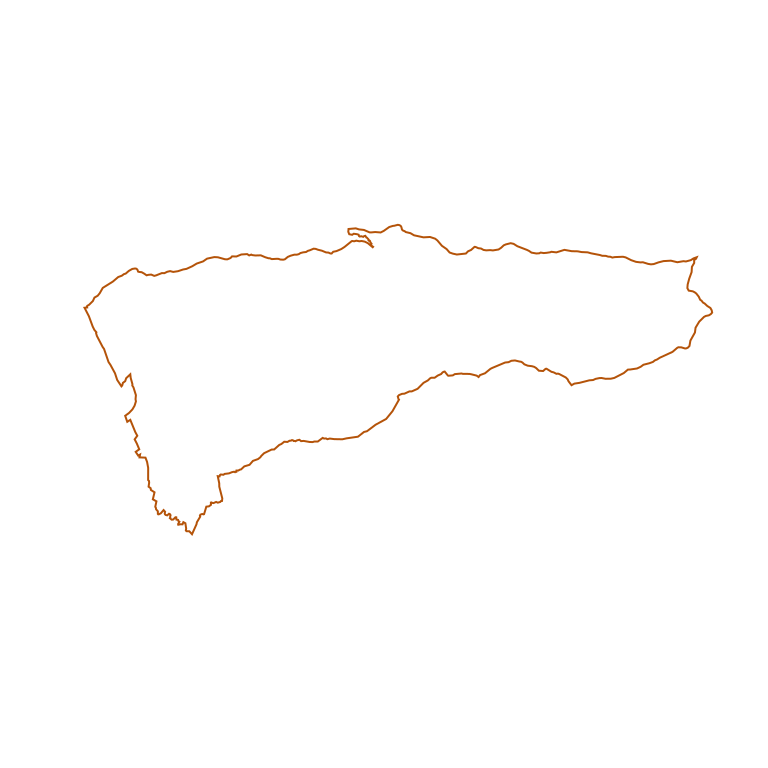 the district of Scundu, Vâlcea, Romania, rotated 101°
{"feature_id": "2599482B73493695377242", "entity_name": "Scundu", "entity_type": "district", "adm_level": 2, "iso_a3": "ROU", "parent_name": "Romania", "parent_adm1": "Vâlcea", "projection": "albers", "projection_center": [24.173, 44.858], "detail": "fine", "context": "isolated", "style": "outline", "palette": "amber", "viewbox_px": 768, "rotation_deg": 101, "n_neighbors": 0, "source": "geoboundaries", "source_scale": "gbopen_adm2", "svg_char_len": 6129}
<svg xmlns="http://www.w3.org/2000/svg" viewBox="0 0 768 768"><g transform="rotate(101 384 384)"><path d="M566.2,549.8L565.7,547.0L568.1,543.8L557.5,541.3L555.4,541.3L549.3,539.1L548.4,539.6L547.3,539.3L546.3,537.7L546.4,536.2L546.1,535.8L538.3,535.0L537.5,532.5L535.6,530.8L533.4,531.3L533.2,531.0L533.5,529.4L533.4,528.6L531.8,526.3L532.2,524.5L531.0,522.2L530.1,521.8L529.7,520.7L527.2,520.9L516.2,526.1L512.9,526.8L506.2,529.6L506.1,527.8L504.6,527.6L504.0,527.0L503.7,524.2L502.7,523.4L501.3,519.1L499.6,516.5L498.7,514.4L499.0,513.4L498.3,512.8L498.3,512.2L497.1,512.3L496.8,510.6L495.5,509.0L495.1,508.0L491.5,505.4L489.0,500.6L484.5,498.0L481.7,493.3L479.5,491.4L478.1,490.8L474.8,488.5L469.8,481.8L469.2,479.3L463.8,475.2L462.5,473.3L459.7,470.9L459.3,467.7L457.7,465.9L457.4,464.6L456.6,463.6L456.7,462.5L457.2,461.8L456.9,460.7L457.1,460.0L455.9,458.6L454.9,456.4L455.9,454.5L455.2,452.0L455.1,445.8L454.6,442.9L453.8,441.5L453.1,438.0L448.6,433.9L449.0,432.5L448.5,430.5L449.0,429.1L447.9,426.8L447.6,422.3L446.2,414.3L444.5,410.4L440.7,399.5L434.9,394.5L433.6,391.7L425.6,384.5L417.9,375.2L409.1,370.5L396.5,366.3L396.2,366.8L393.6,368.1L392.0,367.1L390.2,364.4L389.6,362.1L386.4,357.6L386.0,355.4L382.3,350.1L375.3,345.4L372.1,341.6L369.6,339.8L368.8,338.7L368.2,335.5L365.4,332.8L363.3,329.8L361.4,328.7L360.6,327.7L360.2,326.8L363.5,322.9L363.6,322.3L362.4,318.1L360.8,316.4L358.9,309.9L359.0,308.5L357.8,302.1L357.8,300.1L358.1,294.6L359.1,292.5L356.9,291.4L354.2,286.9L348.8,282.4L347.5,280.7L339.8,269.2L338.8,265.9L336.9,263.4L335.9,259.9L336.1,255.3L336.0,253.8L336.5,252.2L337.9,250.0L338.6,246.4L338.3,242.2L338.5,239.8L339.3,237.7L341.4,234.5L340.9,230.3L338.3,228.3L338.0,227.4L340.1,221.9L340.2,219.7L341.1,216.7L340.6,215.2L340.8,213.8L342.9,206.8L344.4,204.6L346.1,203.4L349.4,199.7L347.3,197.2L345.6,192.4L341.2,183.1L340.2,179.5L338.6,177.3L337.1,173.7L336.6,171.6L336.6,167.5L335.5,162.3L334.1,159.1L327.5,150.7L323.3,147.3L322.9,145.4L320.5,138.6L318.1,135.3L315.6,133.0L313.0,127.5L311.0,124.2L309.1,122.6L307.9,120.7L305.6,118.3L297.4,106.9L292.6,103.1L291.8,102.1L291.3,99.2L291.7,95.2L291.3,94.0L290.4,92.7L288.4,91.4L282.9,91.5L274.1,88.6L269.3,88.9L262.7,86.5L257.1,82.7L255.8,81.1L254.6,78.2L253.0,76.5L251.3,75.5L249.1,76.4L247.1,78.1L245.7,81.6L243.8,84.6L243.2,86.4L241.6,88.2L241.0,89.7L238.2,91.7L235.6,94.7L234.7,96.5L234.1,98.6L234.2,102.7L232.0,104.5L228.3,104.9L222.5,104.5L215.5,103.4L210.2,104.1L206.0,102.6L203.2,103.2L201.5,101.6L199.9,101.2L201.7,104.2L203.9,106.5L206.1,111.0L206.3,113.5L208.5,119.3L208.2,125.9L210.0,133.0L212.2,137.7L214.8,142.1L215.6,144.8L215.7,147.6L215.1,153.1L215.7,155.4L216.0,159.9L215.3,164.9L213.6,171.0L213.5,173.7L215.4,181.7L216.3,184.0L215.9,186.1L216.2,188.3L215.9,190.7L216.5,194.3L216.2,196.6L216.2,205.7L215.9,209.2L216.8,215.3L216.8,219.2L217.8,225.0L217.9,232.5L221.9,239.9L222.3,245.0L222.9,245.8L224.2,249.4L225.0,252.2L225.1,255.3L226.1,256.6L226.8,259.4L226.9,264.3L225.7,267.0L225.1,269.2L223.3,279.4L221.7,283.5L221.6,286.5L223.7,291.0L225.0,292.9L227.9,295.0L230.1,297.2L232.1,302.6L232.3,305.3L233.3,309.1L233.4,311.9L232.5,314.6L232.7,317.3L232.0,320.3L232.1,321.3L235.8,324.1L237.7,326.8L240.3,328.5L243.0,337.2L242.9,341.3L242.4,344.7L239.6,348.3L237.3,353.5L232.9,359.0L231.6,361.5L230.9,366.9L232.5,373.2L232.3,382.9L230.9,386.8L230.7,391.6L230.0,393.0L229.8,394.5L229.0,395.8L226.6,396.9L225.6,397.8L225.1,399.2L225.1,400.8L226.7,404.1L227.1,405.4L228.9,408.8L233.8,413.5L235.9,416.2L236.5,421.6L237.7,425.7L237.9,427.1L236.6,433.1L237.0,438.0L236.6,441.4L238.6,448.4L241.4,448.1L243.6,446.7L243.6,443.7L242.3,442.4L242.1,439.1L242.3,437.4L243.6,436.7L243.9,435.9L243.3,434.6L243.5,432.4L242.6,431.7L242.1,430.6L243.5,429.3L243.6,428.7L245.2,426.6L245.7,426.6L245.7,426.3L246.3,425.9L246.1,425.3L246.3,425.0L247.6,424.3L248.7,423.0L250.2,423.4L251.4,420.9L251.9,421.2L248.8,426.8L247.9,430.1L247.9,433.3L248.6,435.4L248.6,438.5L249.6,440.5L249.7,442.6L250.1,443.1L257.0,448.9L259.7,451.7L262.6,456.0L263.9,459.1L265.9,460.3L266.1,461.6L265.6,463.5L265.9,466.0L265.0,470.4L264.8,474.5L264.4,476.8L264.6,478.9L267.0,482.5L267.8,484.1L269.3,485.7L270.2,488.5L271.4,491.0L272.8,492.4L273.7,494.3L274.2,496.8L275.9,500.2L277.6,502.7L280.5,505.1L281.2,506.6L281.6,509.6L281.3,511.4L281.5,512.9L282.8,518.0L282.4,520.0L282.6,521.5L282.2,524.9L281.2,529.5L282.4,534.9L282.6,538.1L282.3,539.0L283.5,540.9L282.6,543.1L284.1,548.8L287.0,553.2L287.7,557.5L289.6,558.7L291.5,561.5L291.9,563.8L291.3,571.2L291.8,574.8L294.7,581.6L298.2,585.0L301.5,590.8L305.0,594.7L308.7,599.9L309.9,603.0L312.6,607.8L314.2,612.3L314.0,615.5L315.2,618.2L317.1,620.7L317.5,623.2L320.9,628.5L321.7,630.2L321.0,633.4L321.8,636.1L322.6,637.8L321.4,640.5L320.5,643.2L320.7,645.6L320.6,646.8L318.8,647.9L318.1,649.0L318.1,650.4L319.1,653.1L321.7,656.1L324.9,658.6L325.8,660.3L327.7,662.0L329.7,665.3L335.2,669.7L343.3,678.4L349.2,680.4L352.0,681.9L354.4,684.7L358.1,685.6L362.5,688.6L363.9,690.2L364.6,690.4L365.5,690.0L366.3,692.5L373.8,686.6L383.2,680.9L386.2,678.6L388.1,676.2L388.9,676.4L391.6,675.0L401.4,667.2L403.0,665.5L415.0,658.6L417.4,656.2L424.8,650.1L430.9,646.7L436.4,641.3L435.4,640.7L432.7,640.5L430.6,638.6L427.5,638.2L422.9,634.9L426.4,633.8L432.2,630.9L433.5,630.8L435.1,629.3L442.3,625.4L446.3,625.0L448.4,624.2L452.9,624.7L456.9,626.1L461.0,628.7L464.6,632.0L470.1,628.8L467.6,626.2L478.6,619.0L481.9,616.3L485.9,618.2L489.7,615.2L494.8,611.8L498.0,614.8L501.2,611.6L499.8,610.0L502.7,610.0L501.8,604.1L505.7,601.7L511.3,599.5L523.3,597.2L524.0,596.2L525.7,595.7L529.7,595.5L530.8,593.2L532.5,592.6L534.1,588.6L541.3,588.9L542.6,585.0L548.2,585.1L548.9,584.4L550.5,583.8L552.1,581.7L554.7,581.2L555.0,580.8L554.9,580.2L553.5,578.4L549.8,576.3L551.2,574.5L552.6,574.6L553.6,574.2L554.2,573.4L554.3,571.7L552.4,570.3L552.6,569.3L553.5,568.5L554.3,568.7L555.8,568.3L556.5,568.6L557.7,566.6L557.3,565.1L554.6,563.3L554.5,562.5L556.7,561.9L556.7,560.2L557.9,559.5L558.2,558.6L560.8,559.4L561.4,559.1L560.5,556.9L560.2,555.0L557.9,554.6L558.6,552.4L563.7,550.6L565.5,550.6L566.2,549.8Z" fill="none" stroke="#b45309" stroke-width="2"/></g></svg>